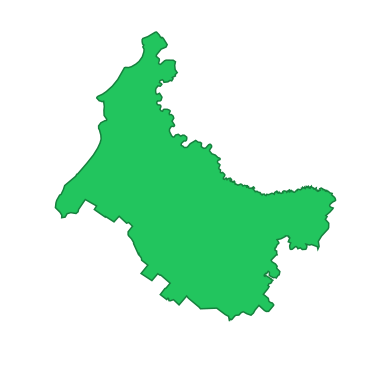 the district of Tulangbawang, Lampung, Indonesia, rotated 219°
{"feature_id": "22746128B49188423555547", "entity_name": "Tulangbawang", "entity_type": "district", "adm_level": 2, "iso_a3": "IDN", "parent_name": "Indonesia", "parent_adm1": "Lampung", "projection": "orthographic", "projection_center": [105.482, -4.399], "detail": "fine", "context": "isolated", "style": "filled", "palette": "green", "viewbox_px": 384, "rotation_deg": 219, "n_neighbors": 0, "source": "geoboundaries", "source_scale": "gbopen_adm2", "svg_char_len": 5993}
<svg xmlns="http://www.w3.org/2000/svg" viewBox="0 0 384 384"><g transform="rotate(219 192 192)"><path d="M289.5,282.6L295.1,278.2L295.9,276.7L296.8,271.3L298.0,270.8L299.1,271.1L300.3,273.9L301.2,274.8L305.1,274.9L305.9,276.1L305.9,283.6L303.4,288.3L304.0,290.9L311.1,293.4L312.7,293.3L312.7,292.6L314.0,292.5L316.1,293.4L320.2,294.0L321.1,293.1L324.1,285.0L326.8,280.4L326.6,279.0L325.3,277.4L323.5,275.9L321.9,275.9L321.5,273.8L319.1,272.8L317.6,270.6L315.7,265.8L315.3,260.2L316.1,256.1L317.9,251.3L319.6,248.8L322.1,247.0L322.7,246.1L320.5,232.7L320.5,224.2L321.8,216.1L323.1,211.7L325.3,207.2L325.5,205.7L325.2,205.1L321.4,204.5L321.1,204.9L318.7,205.6L317.8,206.9L313.9,203.2L311.9,200.1L308.5,196.2L304.0,194.9L303.5,193.8L304.6,192.5L306.4,188.4L306.2,184.6L304.4,182.5L303.1,182.1L298.7,178.9L295.9,175.9L294.3,172.2L292.9,166.7L291.9,158.6L291.8,147.8L292.2,134.1L292.7,133.3L292.3,131.0L295.0,116.9L293.4,112.7L292.2,107.7L292.9,106.3L291.9,100.4L290.9,98.0L288.3,93.9L281.7,93.2L278.5,92.0L277.1,90.0L274.8,92.6L275.4,96.6L273.2,99.7L268.6,102.3L268.1,104.9L269.2,107.2L270.2,119.0L257.4,121.1L256.9,116.9L243.6,117.9L243.7,118.6L233.8,119.7L233.4,127.3L223.2,126.6L222.1,128.4L220.7,128.4L216.7,127.9L216.6,120.9L214.8,118.6L213.8,118.1L209.5,117.5L205.5,116.0L204.9,115.1L194.5,109.9L194.5,110.6L193.3,109.7L189.9,108.9L188.2,107.3L180.3,107.4L180.3,96.6L167.4,97.9L167.2,106.9L164.4,107.2L164.1,107.8L151.6,107.4L151.7,101.1L152.3,99.9L152.1,92.3L143.9,92.5L143.9,94.3L143.3,94.5L141.5,93.1L140.4,93.8L138.6,96.7L131.0,96.1L130.7,107.8L127.8,107.2L114.1,107.0L111.9,106.6L99.7,117.3L88.9,117.7L85.3,118.4L81.6,115.2L82.9,117.2L81.2,117.4L80.8,118.2L80.7,122.6L80.3,123.8L78.1,125.9L77.9,129.0L76.9,131.2L72.8,131.9L68.6,133.4L68.1,136.6L68.7,140.0L68.6,146.0L61.2,145.5L59.1,145.9L57.3,147.5L57.2,155.2L57.6,155.8L59.7,156.3L61.6,155.5L63.5,155.5L65.8,157.4L72.2,157.4L72.2,164.5L72.6,167.1L74.1,167.1L74.5,169.3L73.6,170.2L73.2,171.6L73.7,172.3L73.6,174.3L76.0,173.8L76.0,174.3L81.8,173.5L82.6,173.4L82.3,172.4L83.1,172.3L83.6,173.0L83.5,175.2L82.7,175.4L82.9,178.3L81.3,178.3L79.4,175.8L75.0,176.5L73.3,178.1L72.4,178.1L72.6,181.6L72.1,182.5L73.7,185.5L78.0,186.0L78.9,186.9L79.1,187.9L81.9,188.6L85.9,188.1L87.6,188.8L87.0,195.9L86.3,196.8L87.6,197.6L89.0,199.4L90.7,199.0L92.2,200.5L91.8,201.4L92.7,204.9L92.2,206.6L92.7,207.3L96.0,208.5L93.5,211.5L91.5,216.1L91.8,216.6L90.3,217.9L89.4,218.3L89.0,218.0L89.0,218.3L87.1,217.9L85.9,213.9L83.3,214.6L82.4,211.9L81.6,210.9L79.9,209.5L79.0,209.6L78.1,210.6L77.2,214.7L76.7,215.2L75.3,215.1L74.0,214.5L72.7,216.8L70.1,216.7L67.5,219.1L67.9,221.0L68.9,222.5L70.6,223.2L67.2,224.8L66.1,226.4L60.2,228.4L58.2,226.8L59.0,229.7L62.8,233.2L63.6,239.3L63.0,249.1L63.5,250.5L66.1,253.8L71.2,254.7L71.5,257.9L73.2,257.9L72.2,263.3L72.0,267.5L72.2,268.4L74.8,267.5L75.8,267.6L76.6,268.2L77.0,269.2L76.4,272.7L75.3,275.1L75.2,275.9L76.2,276.8L77.7,277.5L81.6,277.7L82.1,279.1L84.3,278.1L86.5,278.3L87.3,277.5L88.0,278.1L88.8,277.7L88.4,277.3L88.9,276.7L90.1,277.1L91.2,276.9L91.6,276.3L92.3,276.7L94.1,276.4L94.8,274.9L93.5,274.1L93.9,273.2L95.0,272.8L94.3,272.1L94.6,271.7L95.2,271.6L95.3,272.1L97.0,271.6L98.0,273.3L98.8,271.1L99.7,271.1L99.9,271.6L102.0,271.1L102.8,271.6L102.7,270.5L103.3,270.5L103.4,269.9L102.6,270.0L102.5,269.2L104.5,268.6L104.7,269.5L105.3,269.7L105.5,268.5L106.5,268.3L105.9,267.7L106.5,267.4L106.3,266.2L107.5,266.7L107.3,265.5L109.1,265.3L108.7,264.4L109.3,263.8L108.7,263.3L109.0,262.0L111.3,260.9L111.7,260.0L111.2,259.4L111.8,258.8L112.1,256.3L113.1,255.7L114.2,256.0L114.6,255.3L115.6,255.7L116.0,253.9L116.5,254.5L117.1,254.3L117.1,255.0L117.6,255.0L117.8,253.8L117.3,253.0L117.8,252.6L118.2,253.1L118.5,252.1L118.1,252.1L118.2,251.5L118.8,252.0L121.2,250.8L121.7,249.5L121.1,248.9L121.5,248.8L121.3,247.9L121.9,246.9L123.4,246.6L123.7,246.1L124.2,246.5L124.2,245.5L124.6,245.3L125.5,245.3L125.4,245.8L126.6,246.1L127.4,243.7L126.7,242.0L128.0,241.9L129.2,241.2L130.7,238.2L132.5,237.2L132.2,235.8L133.4,235.5L134.4,235.9L135.7,234.7L135.7,233.9L136.2,234.2L137.7,233.7L138.2,234.3L138.9,234.4L140.2,233.5L141.6,233.6L142.1,232.9L142.7,232.9L143.0,232.0L146.2,232.9L146.8,232.2L146.0,234.4L147.4,234.7L148.3,232.0L149.2,231.7L149.7,231.0L150.7,230.9L151.4,231.7L152.4,230.3L153.0,231.7L154.3,230.6L155.3,230.3L156.3,228.7L157.9,229.2L159.1,228.9L160.6,226.2L163.0,225.8L163.3,225.3L166.0,227.0L166.7,225.8L165.7,226.2L166.2,225.4L167.6,225.1L168.5,225.9L168.9,224.5L169.8,225.0L169.4,225.2L169.3,226.6L170.9,226.9L172.4,225.2L172.5,223.6L174.3,224.3L174.8,222.1L175.9,221.9L176.5,222.8L176.9,225.4L177.6,226.2L180.5,226.5L181.3,225.3L182.2,225.0L183.8,227.1L185.6,227.0L186.3,227.4L187.3,230.7L188.9,230.9L189.7,230.6L191.2,231.4L191.8,232.9L190.7,234.7L190.9,235.4L191.7,235.7L193.7,235.1L197.1,235.4L200.6,234.2L204.1,234.9L204.8,235.8L205.1,239.4L206.1,240.4L207.6,240.7L208.3,240.2L208.8,239.1L209.0,234.8L210.4,233.3L213.4,233.1L215.3,235.9L216.9,235.8L218.5,234.6L221.6,234.4L223.8,228.4L223.8,224.2L224.1,223.4L226.0,221.7L228.0,221.9L229.6,221.4L230.6,222.5L230.8,223.4L230.4,226.5L229.1,227.6L228.9,228.6L229.5,230.0L230.6,231.3L233.6,231.3L235.0,230.4L235.9,228.3L239.0,228.2L240.6,226.0L240.6,223.3L241.3,222.8L243.1,222.8L247.5,224.8L248.4,225.8L249.1,226.9L249.3,229.7L249.0,230.4L247.4,231.4L247.3,232.5L247.9,233.1L252.1,234.5L252.6,237.9L254.4,239.1L256.8,239.2L258.2,238.0L259.2,238.7L259.9,241.2L260.9,241.4L263.1,240.8L265.8,238.7L266.1,238.0L265.7,236.2L267.1,235.6L269.0,236.1L269.8,238.7L270.8,239.5L271.6,239.5L273.2,238.3L275.0,238.5L275.9,239.6L276.0,241.1L274.1,242.7L273.8,243.9L275.0,246.8L279.4,248.3L280.6,245.8L281.5,245.7L282.8,246.5L284.5,248.4L285.2,249.9L285.2,253.1L283.2,254.3L283.1,256.6L283.9,257.0L286.2,256.6L287.0,258.4L285.7,260.6L284.3,260.5L282.8,259.6L280.0,262.5L279.3,264.9L277.7,265.6L278.0,268.1L279.4,268.6L277.9,271.7L278.9,272.7L278.6,275.5L282.1,276.5L285.2,279.6L286.8,282.8L289.5,282.6Z" fill="#22c55e" stroke="#15803d" stroke-width="1.5"/></g></svg>